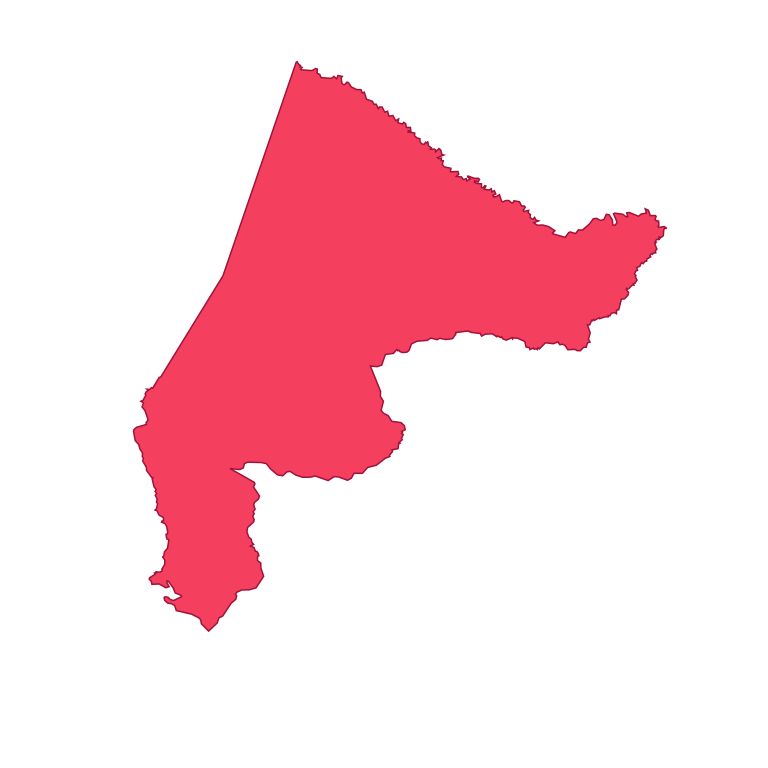 the district of Canarana, Mato Grosso, Brazil, rotated 106°
{"feature_id": "56859067B39965922322561", "entity_name": "Canarana", "entity_type": "district", "adm_level": 2, "iso_a3": "BRA", "parent_name": "Brazil", "parent_adm1": "Mato Grosso", "projection": "natural_earth1", "projection_center": [-52.334, -13.192], "detail": "fine", "context": "isolated", "style": "filled", "palette": "rose", "viewbox_px": 768, "rotation_deg": 106, "n_neighbors": 0, "source": "geoboundaries", "source_scale": "gbopen_adm2", "svg_char_len": 6154}
<svg xmlns="http://www.w3.org/2000/svg" viewBox="0 0 768 768"><g transform="rotate(106 384 384)"><path d="M439.6,601.9L451.7,605.2L451.5,606.4L453.8,607.8L454.4,610.4L455.0,608.9L457.1,610.5L459.4,610.9L460.5,609.9L466.2,611.2L467.6,613.0L468.4,610.0L472.7,610.3L475.4,606.5L481.9,601.9L483.9,600.9L486.9,602.1L488.4,601.3L493.8,609.9L496.6,611.8L498.5,611.7L506.9,607.6L509.9,603.0L513.8,600.7L516.8,597.2L520.5,596.3L521.5,594.9L524.6,594.7L529.5,589.5L532.5,588.5L537.9,581.6L537.9,580.2L539.2,580.7L546.2,576.7L548.2,573.9L550.4,574.4L551.9,572.4L554.1,573.2L556.8,570.5L560.5,570.0L561.3,568.7L566.3,568.3L568.3,569.3L568.2,567.6L572.1,563.9L573.1,559.4L576.3,558.1L576.9,559.7L578.1,559.8L578.7,555.7L581.0,553.6L585.8,551.2L587.9,550.9L588.6,552.1L592.7,550.2L593.0,547.9L601.6,546.8L605.7,548.8L610.3,548.3L611.3,549.1L613.7,546.1L618.2,545.1L623.0,546.5L624.8,545.8L626.7,547.6L627.3,551.3L628.3,550.9L628.8,552.5L630.0,551.6L635.0,556.0L636.5,555.8L637.6,553.5L640.5,551.9L638.2,544.9L640.0,537.7L638.1,534.7L634.5,538.1L633.1,538.2L633.2,536.7L638.1,530.5L642.4,527.1L643.1,520.8L644.2,520.0L650.2,526.7L650.0,530.2L648.5,532.9L648.9,535.8L650.0,536.5L652.4,535.2L654.2,531.8L653.8,527.3L654.7,524.1L659.1,521.2L658.3,505.5L659.8,497.5L661.2,495.2L664.8,493.5L669.9,484.5L659.8,478.5L654.4,478.2L651.5,475.1L636.9,470.5L631.8,467.1L628.1,467.3L627.1,468.8L624.7,468.1L621.1,463.7L619.0,456.8L615.2,450.8L602.0,446.7L594.9,451.6L590.1,453.1L588.5,457.0L584.3,458.0L583.6,456.9L581.5,458.2L580.0,460.0L580.3,461.3L577.0,464.0L576.7,467.7L574.1,465.1L572.5,467.5L569.8,468.8L568.4,471.8L564.0,475.0L559.5,475.6L552.6,471.3L550.2,471.4L547.4,473.7L544.4,473.0L542.9,474.6L539.9,473.4L536.1,475.9L533.7,476.0L529.3,473.0L526.0,472.8L518.9,481.1L515.7,480.5L514.3,481.5L507.7,508.8L506.0,499.0L503.4,496.1L498.9,496.2L496.6,493.2L493.3,480.0L493.0,475.1L497.0,469.5L500.7,461.3L500.1,456.0L495.3,453.2L493.9,450.2L495.9,443.4L496.1,436.4L493.7,428.8L491.4,424.8L492.2,411.1L486.7,406.2L485.9,401.8L486.6,392.5L483.5,389.4L478.1,388.2L475.8,380.1L468.7,376.7L464.2,369.0L454.9,362.2L452.1,358.4L451.0,359.1L446.5,357.2L445.1,358.1L442.3,352.7L437.6,353.4L436.4,352.2L436.0,353.4L432.6,351.1L431.5,352.1L427.2,351.6L426.7,353.5L425.3,352.9L424.8,353.9L422.1,351.0L418.4,353.0L416.4,357.0L417.7,366.3L413.3,371.2L412.2,376.6L410.1,379.5L400.7,379.8L396.9,384.1L392.1,385.2L370.4,402.1L369.3,395.6L366.5,391.4L355.2,390.8L352.0,383.4L347.3,381.2L348.3,379.9L347.5,378.6L348.5,377.6L348.6,374.6L347.1,370.8L344.9,369.2L337.8,368.6L333.8,364.1L330.1,354.4L326.9,351.7L326.8,345.2L324.7,343.0L324.2,336.8L321.5,330.6L316.2,328.7L314.8,329.3L309.9,317.8L310.4,314.4L308.9,305.5L311.1,303.4L308.2,300.4L305.9,293.8L307.5,288.6L306.5,288.2L307.2,284.9L306.2,283.8L307.8,282.5L308.1,278.5L304.2,273.7L305.3,272.8L304.0,272.4L303.2,268.0L304.3,260.4L309.3,257.6L309.0,254.4L310.7,253.2L308.2,250.1L309.2,249.2L308.2,247.4L308.7,246.0L306.6,245.8L307.4,244.2L299.9,240.2L298.6,232.3L295.6,228.4L297.8,225.8L296.6,223.5L296.9,220.8L300.4,216.7L298.1,210.0L298.7,207.4L297.9,204.5L293.7,202.2L292.9,199.7L288.5,199.8L286.9,197.5L284.6,199.8L277.9,199.9L271.1,204.8L270.5,202.6L265.5,201.9L265.7,200.8L264.3,200.5L264.9,199.3L261.1,195.5L261.8,194.7L258.5,190.0L257.7,187.0L256.5,187.4L256.2,185.6L253.4,185.0L251.8,182.1L252.4,179.9L249.0,180.8L247.9,178.8L237.0,179.2L235.9,176.3L231.2,173.9L228.5,174.1L226.6,177.2L225.2,177.1L225.7,176.1L225.0,175.0L220.4,172.6L220.1,171.0L218.9,171.9L218.0,170.6L214.4,169.4L211.7,171.9L210.2,171.7L209.3,173.5L206.1,173.2L204.9,171.6L202.5,173.3L200.4,170.5L196.4,170.0L196.9,168.0L194.0,166.9L193.5,165.4L191.4,165.8L188.3,162.7L187.4,163.9L184.9,162.8L185.2,161.6L184.1,161.5L183.0,158.9L181.2,160.0L179.3,158.8L174.7,162.2L172.7,161.4L172.9,162.6L170.0,161.9L169.2,159.2L167.1,160.4L166.6,159.4L167.4,158.5L164.5,156.4L158.4,157.6L156.8,157.0L156.4,155.0L155.4,158.2L157.8,163.1L157.0,164.1L155.8,163.5L151.7,164.9L152.0,167.5L150.9,168.8L147.9,168.6L147.3,169.6L148.7,174.5L144.1,177.7L143.6,181.2L147.3,178.9L149.7,183.6L152.6,185.6L151.5,195.5L152.6,197.9L156.1,195.8L156.4,197.7L155.0,201.3L156.2,209.5L157.1,210.3L164.3,204.5L167.7,205.6L168.0,207.9L163.2,209.8L159.3,214.2L159.6,217.1L165.2,217.9L167.1,220.9L166.2,225.5L167.4,228.3L173.5,230.6L181.4,235.7L182.2,239.6L186.6,241.3L186.5,246.8L187.5,248.2L193.1,250.3L193.1,262.8L192.4,263.7L189.6,261.9L187.3,269.0L187.4,275.1L189.1,280.4L187.7,284.5L184.6,280.4L184.6,283.1L182.3,285.2L184.5,286.2L184.6,287.6L183.3,289.6L180.7,290.0L179.8,292.5L177.2,292.8L179.6,297.0L179.0,298.0L175.1,296.9L174.2,298.3L175.0,300.7L171.5,304.0L172.0,309.5L174.4,310.1L174.7,311.5L173.2,314.5L174.1,317.6L176.1,319.9L175.8,321.4L170.2,325.2L173.0,327.9L173.9,330.3L172.7,331.4L170.6,328.9L167.7,331.2L169.6,333.2L166.7,334.8L168.4,336.2L169.3,341.3L165.6,340.6L165.6,341.7L168.0,342.9L168.2,344.4L164.7,345.5L165.7,350.5L165.0,352.8L163.8,352.9L163.8,349.2L161.1,348.6L160.3,349.8L161.4,354.1L160.9,360.6L161.9,360.7L163.2,357.7L165.9,360.5L164.0,361.5L165.6,364.1L163.6,366.6L164.5,371.7L161.7,370.0L159.3,371.5L161.7,378.6L158.2,379.1L158.7,386.0L156.9,388.4L153.0,388.6L153.5,390.7L151.0,391.1L152.3,393.4L151.6,395.0L147.4,389.7L147.4,391.6L143.5,393.9L142.5,396.0L146.5,398.4L144.8,398.9L144.3,400.6L145.6,404.1L143.9,403.6L142.8,406.8L138.7,408.9L140.6,408.9L140.1,410.7L142.5,411.4L142.8,413.9L141.2,416.2L138.3,417.1L138.4,420.1L136.9,423.1L134.3,423.6L135.1,430.4L133.8,430.5L133.5,427.9L130.1,429.3L131.2,433.2L127.7,435.0L127.1,437.3L128.9,437.8L129.1,442.6L125.2,443.0L127.7,445.4L123.4,449.5L125.3,453.0L120.8,455.8L122.5,458.2L118.3,462.1L119.0,464.8L120.9,465.4L117.2,468.6L117.9,470.7L115.4,473.2L115.1,479.3L108.9,483.4L110.3,485.1L107.4,487.2L108.5,491.5L107.5,497.1L104.0,501.5L104.1,502.9L106.9,504.2L107.4,505.8L106.7,507.2L101.9,509.5L99.8,508.9L100.2,513.3L103.7,513.7L102.1,516.9L104.7,518.8L106.8,528.9L104.2,531.0L103.6,534.0L99.6,535.0L99.6,536.6L102.6,539.7L104.7,549.7L104.5,550.9L102.2,550.0L102.2,552.3L100.8,552.1L100.5,553.9L98.1,556.3L98.9,557.1L324.3,568.6L438.7,600.5L439.6,601.9Z" fill="#f43f5e" stroke="#9f1239" stroke-width="1.5"/></g></svg>